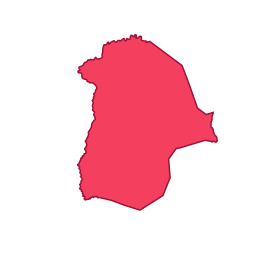 San Sebastian, Lempira, Honduras, rotated 220°
{"feature_id": "27666195B86153124151915", "entity_name": "San Sebastian", "entity_type": "district", "adm_level": 2, "iso_a3": "HND", "parent_name": "Honduras", "parent_adm1": "Lempira", "projection": "mercator", "projection_center": [-88.697, 14.352], "detail": "fine", "context": "isolated", "style": "filled", "palette": "rose", "viewbox_px": 256, "rotation_deg": 220, "n_neighbors": 0, "source": "geoboundaries", "source_scale": "gbopen_adm2", "svg_char_len": 5758}
<svg xmlns="http://www.w3.org/2000/svg" viewBox="0 0 256 256"><g transform="rotate(220 128 128)"><path d="M51.3,175.5L51.9,175.7L52.7,176.7L54.3,178.0L54.8,178.2L56.2,178.3L57.6,178.6L57.8,178.7L58.1,179.0L58.7,179.2L59.4,179.7L60.1,179.9L60.4,180.0L60.8,180.4L61.5,181.4L61.7,181.5L62.3,181.7L63.1,182.2L63.5,182.3L64.8,182.1L65.1,182.2L65.4,182.3L65.7,182.7L66.7,184.2L67.7,185.3L68.0,185.6L68.3,186.2L68.5,187.3L68.8,188.0L69.1,188.5L70.2,189.6L70.8,190.5L71.2,191.4L72.0,193.6L72.4,194.2L72.8,194.7L76.8,188.5L87.6,187.9L107.7,199.9L126.8,210.6L167.0,208.3L168.3,206.5L168.5,205.7L168.9,205.3L169.1,205.2L169.3,205.3L169.6,205.6L169.8,206.0L170.0,206.2L172.0,204.8L173.6,204.0L173.9,203.9L174.2,204.0L174.5,204.1L175.0,204.6L175.8,205.7L176.0,206.2L176.1,206.4L176.5,206.5L177.0,206.5L177.5,206.3L177.8,205.8L178.0,205.4L178.1,204.3L178.3,203.4L178.7,202.6L179.0,202.3L179.5,202.1L179.8,202.3L180.2,202.9L180.5,203.8L180.8,204.1L181.4,204.4L182.1,204.4L182.4,204.1L182.5,203.8L182.5,203.6L182.4,203.3L181.9,202.4L181.8,202.1L181.8,201.9L182.1,201.8L184.3,201.6L184.7,201.4L185.1,201.1L185.2,200.8L184.9,199.5L184.0,198.2L183.8,197.7L183.8,197.3L183.9,196.9L184.3,196.6L185.3,196.1L186.2,195.8L186.4,195.6L186.3,195.3L185.8,194.8L185.6,194.4L185.7,193.9L186.0,193.3L186.3,192.9L186.6,192.8L188.1,194.0L188.5,193.7L189.0,193.3L189.1,193.0L189.4,190.7L189.5,190.3L189.7,190.0L189.9,189.8L190.9,189.4L191.7,188.9L191.8,188.7L191.9,188.2L192.1,186.7L192.3,186.0L192.6,185.8L193.2,185.7L193.7,185.8L194.5,185.9L194.8,185.8L195.0,185.5L195.4,184.7L196.0,182.9L196.4,181.9L196.4,181.5L196.2,181.1L196.1,180.8L196.2,180.5L196.3,180.2L196.6,180.1L197.0,180.2L197.3,180.3L198.2,181.1L198.3,181.1L198.5,180.3L198.1,178.2L198.2,177.9L198.3,177.5L198.6,177.2L198.8,177.1L199.3,177.0L199.5,176.7L199.8,176.2L199.8,175.9L199.3,174.7L198.0,172.2L197.3,171.3L196.4,170.2L195.8,169.3L195.6,168.8L195.4,168.0L195.2,167.7L194.6,167.0L193.8,166.3L193.6,165.9L193.3,165.3L193.3,164.7L193.5,164.2L194.2,162.8L194.9,161.9L195.4,161.3L195.7,161.1L196.1,161.1L197.1,161.2L197.9,161.4L198.0,161.3L198.3,161.1L198.3,160.8L198.0,158.9L198.0,158.5L198.1,158.2L198.5,157.8L200.9,156.4L201.0,156.2L200.9,155.7L201.0,155.5L202.4,154.5L202.1,152.0L202.8,151.0L203.2,150.5L203.3,150.3L203.1,148.6L202.8,147.7L202.9,146.6L203.2,145.6L203.7,145.1L203.7,144.7L204.7,143.0L203.7,142.1L202.1,141.7L202.4,140.5L202.8,140.0L202.8,139.7L202.6,139.1L202.1,138.6L201.8,138.5L201.3,138.6L200.8,138.9L199.3,139.9L198.9,140.0L198.7,140.1L198.3,139.8L197.6,139.2L196.2,137.5L195.6,137.2L194.9,137.0L194.1,137.0L193.4,137.2L192.6,137.5L191.4,138.2L190.7,138.4L189.9,138.1L189.7,137.9L189.5,137.6L189.3,137.5L187.1,138.2L186.2,138.2L185.9,138.4L185.4,138.9L184.8,139.5L184.3,139.8L183.8,139.9L181.5,140.0L180.3,139.9L179.5,139.7L178.6,139.3L178.1,139.0L177.5,138.6L177.4,138.3L177.3,138.0L177.2,136.5L177.1,136.1L177.0,135.8L176.3,135.0L176.1,134.7L176.0,133.8L176.0,133.5L176.2,132.7L176.2,132.4L176.1,132.1L176.0,131.8L174.5,131.2L174.2,130.2L174.2,129.4L174.1,129.1L173.9,128.9L173.5,128.5L173.1,128.0L173.1,126.3L173.0,126.0L172.4,125.7L171.3,125.3L170.8,125.0L170.7,124.8L170.3,123.9L169.8,122.4L169.2,121.9L168.2,121.4L167.8,121.0L167.2,120.3L167.1,120.0L167.0,119.4L166.6,118.9L166.3,118.8L164.8,118.8L164.2,118.8L163.9,118.7L163.6,118.2L163.1,116.7L162.7,115.9L161.8,115.8L160.8,115.6L160.7,115.4L160.6,115.0L160.4,114.8L159.4,114.4L158.8,114.0L158.5,113.7L158.4,113.5L158.6,112.9L158.9,112.2L158.9,111.9L158.7,110.9L158.7,110.4L158.8,109.5L158.6,108.6L158.4,108.1L158.0,107.3L156.9,105.5L156.5,104.9L156.4,104.0L155.9,101.8L155.9,100.3L155.6,99.2L155.4,98.8L154.8,98.6L154.4,98.2L153.9,97.3L153.5,96.6L153.0,94.7L152.7,93.0L152.2,91.8L152.2,91.4L152.4,90.9L152.4,90.7L152.2,90.6L152.0,90.4L150.2,89.8L149.4,89.0L148.5,88.3L148.3,87.8L148.3,87.0L147.7,85.9L147.9,84.6L147.8,84.3L147.7,84.1L147.3,83.8L146.0,83.5L145.5,83.2L144.6,82.7L144.4,82.5L144.3,82.4L144.3,81.4L144.4,80.7L144.6,80.4L144.9,80.3L145.0,80.1L144.9,79.7L144.7,79.4L144.2,78.7L143.9,78.3L144.8,77.6L145.0,77.3L145.0,77.1L144.9,76.9L144.3,76.3L143.9,76.0L143.7,75.9L143.8,75.7L144.3,75.2L144.5,75.0L144.7,74.8L144.7,74.6L144.5,74.2L144.0,73.6L143.8,73.2L143.9,72.8L143.8,72.6L143.4,72.2L143.3,71.9L143.4,71.1L143.2,70.5L143.0,69.9L142.7,69.5L142.6,69.3L142.6,68.7L142.9,68.3L143.0,68.0L143.0,67.6L142.9,67.4L142.6,67.2L142.0,67.1L141.5,67.1L140.9,67.3L140.5,67.3L140.3,67.3L140.0,66.9L139.8,66.1L139.6,65.6L139.3,65.4L137.8,65.2L137.4,65.0L137.1,64.7L136.5,63.6L136.0,62.8L135.8,62.7L135.1,62.6L134.2,62.3L133.8,62.2L133.6,62.0L133.4,61.8L133.3,61.5L133.2,60.9L133.3,60.4L133.2,60.3L132.7,60.2L131.8,60.1L131.3,60.0L130.7,59.7L130.1,59.3L129.9,59.0L129.8,57.2L129.5,56.6L128.9,56.0L128.5,55.0L128.5,54.6L128.7,54.0L128.7,53.8L128.5,53.6L128.1,53.5L127.4,53.1L126.8,52.7L126.5,52.4L126.4,52.2L126.2,51.4L126.1,51.1L126.2,50.7L126.0,50.4L125.7,50.5L123.8,50.7L123.4,49.7L122.9,49.6L122.3,49.9L121.7,49.8L120.7,48.4L119.9,48.4L119.1,48.1L119.0,47.0L118.8,47.1L118.5,46.9L118.3,46.9L116.9,47.7L116.6,47.3L116.3,46.7L116.3,46.4L116.3,45.9L116.1,45.6L115.9,45.5L115.7,45.4L114.8,45.4L114.6,45.4L114.6,45.5L114.6,46.0L114.4,46.4L113.4,46.8L113.0,47.5L112.5,48.0L112.3,48.2L112.1,48.7L112.3,49.2L112.2,49.7L111.4,49.8L111.5,51.1L111.2,51.8L111.1,52.2L110.9,52.3L109.7,52.7L109.7,52.8L109.8,53.3L109.8,53.9L109.7,54.0L108.7,54.5L108.2,55.1L107.7,55.6L107.4,55.3L107.1,55.2L106.7,55.1L106.4,55.2L106.1,55.4L105.9,55.6L105.6,56.2L94.1,62.0L80.9,66.6L66.1,72.8L57.8,98.7L63.8,117.0L76.9,130.3L77.9,143.1L75.8,145.7L61.1,168.1L55.9,171.1L55.7,171.3L55.2,171.5L54.7,171.3L54.4,171.6L54.4,172.1L54.2,172.6L53.4,172.9L52.9,173.0L51.8,173.5L51.6,173.7L51.4,174.0L51.4,174.8L51.3,175.5Z" fill="#f43f5e" stroke="#9f1239" stroke-width="1.5"/></g></svg>